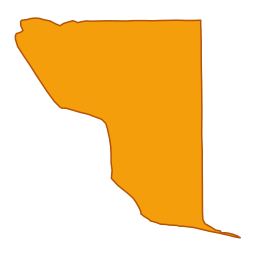 Shat Al-Arab, Al-Basrah, Iraq
{"feature_id": "34846034B66422309861537", "entity_name": "Shat Al-Arab", "entity_type": "district", "adm_level": 2, "iso_a3": "IRQ", "parent_name": "Iraq", "parent_adm1": "Al-Basrah", "projection": "orthographic", "projection_center": [47.816, 30.719], "detail": "fine", "context": "isolated", "style": "filled", "palette": "amber", "viewbox_px": 256, "rotation_deg": 0, "n_neighbors": 0, "source": "geoboundaries", "source_scale": "gbopen_adm2", "svg_char_len": 1499}
<svg xmlns="http://www.w3.org/2000/svg" viewBox="0 0 256 256"><path d="M240.6,237.9L237.0,235.8L232.7,234.2L228.3,233.1L224.2,232.7L222.3,232.9L221.3,232.5L220.1,230.9L219.0,230.7L215.9,230.2L210.2,226.6L205.0,223.7L202.9,219.7L202.5,212.5L202.4,194.5L202.4,190.0L202.2,159.5L202.3,152.3L201.7,134.5L201.9,111.4L201.6,80.8L201.4,72.5L201.2,57.4L201.2,43.0L200.9,29.0L200.7,25.0L200.7,20.3L198.2,20.3L193.1,20.5L186.2,20.5L177.0,20.2L156.6,20.6L152.6,20.8L144.7,20.6L134.6,20.6L133.6,20.6L126.8,21.0L107.3,20.8L90.0,21.2L86.7,20.9L81.5,21.7L77.7,22.6L75.2,21.5L72.7,20.7L70.1,21.5L67.2,22.3L63.2,23.6L60.2,25.7L58.2,25.0L54.6,23.4L50.3,21.1L47.3,20.4L43.2,19.5L38.9,18.3L34.6,18.1L32.7,18.3L30.5,18.6L26.3,19.7L21.5,20.3L20.6,21.7L20.9,26.1L21.8,28.0L23.0,30.5L20.7,32.2L16.4,33.6L15.4,35.6L15.4,39.1L17.7,46.6L23.4,55.4L30.4,65.8L36.8,76.0L47.7,92.4L54.3,101.4L59.6,106.7L61.6,108.1L65.8,108.2L72.2,110.0L73.3,110.3L76.2,111.2L80.4,112.4L86.4,113.8L90.4,115.0L92.4,115.9L101.8,119.4L105.9,123.6L107.7,129.9L109.5,138.3L110.7,146.5L111.1,154.9L111.1,162.8L112.1,170.3L111.4,178.4L117.7,185.2L121.1,188.0L124.5,190.7L128.1,193.6L133.1,198.1L136.1,202.4L137.7,205.2L139.2,208.0L141.0,212.0L140.9,213.8L144.1,216.4L149.3,219.6L150.4,220.9L156.0,222.4L160.6,224.2L163.0,224.3L166.4,224.5L169.5,225.1L173.5,225.2L177.5,225.5L179.4,226.2L182.8,226.2L193.3,227.4L201.4,229.3L202.3,229.5L209.7,231.3L218.2,232.9L230.0,235.6L234.0,236.7L240.6,237.9Z" fill="#f59e0b" stroke="#b45309" stroke-width="1.5"/></svg>